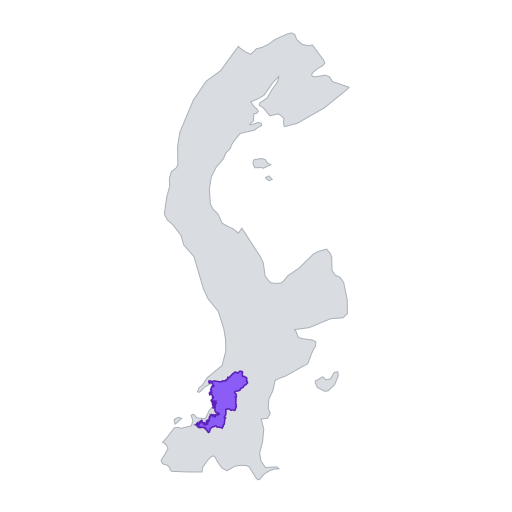 Kankintú, Ngöbe Buglé, Panama (highlighted), rotated 271°
{"feature_id": "35544464B2015792153620", "entity_name": "Kankintú", "entity_type": "district", "adm_level": 2, "iso_a3": "PAN", "parent_name": "Panama", "parent_adm1": "Ngöbe Buglé", "projection": "orthographic", "projection_center": [-82.082, 8.823], "detail": "fine", "context": "in_parent", "style": "filled", "palette": "violet", "viewbox_px": 512, "rotation_deg": 271, "n_neighbors": 0, "source": "geoboundaries", "source_scale": "gbopen_adm2", "svg_char_len": 8791}
<svg xmlns="http://www.w3.org/2000/svg" viewBox="0 0 512 512"><g transform="rotate(271 256 256)"><path d="M465.4,234.8L464.0,235.9L459.8,242.0L457.6,247.3L463.1,252.7L464.8,258.6L468.0,264.9L472.9,271.3L478.4,283.1L479.7,287.8L478.2,290.9L473.1,292.9L468.4,298.5L467.1,305.3L468.1,308.6L453.8,319.6L450.2,321.5L447.7,319.8L444.6,314.4L440.9,310.1L438.9,308.6L437.7,308.5L436.6,309.6L436.1,312.0L438.1,322.1L436.5,326.2L431.7,329.5L426.3,346.1L424.0,344.0L405.4,321.9L389.2,294.5L385.8,282.0L389.9,281.2L393.9,281.5L396.0,279.5L398.5,275.9L396.4,267.4L404.1,260.9L406.9,256.6L409.1,257.1L414.2,264.4L421.6,268.5L430.7,274.5L436.3,275.9L429.2,269.5L416.9,261.2L413.4,255.7L410.1,248.0L405.4,251.4L403.2,254.2L400.7,255.8L398.6,253.9L398.2,251.4L390.9,251.0L389.1,248.8L387.2,247.5L388.1,252.3L389.5,255.3L388.8,258.9L386.5,259.2L384.4,255.5L381.8,252.1L378.3,238.1L370.0,231.5L366.3,229.4L363.2,228.6L358.6,224.1L352.6,221.7L344.3,214.8L334.2,209.9L322.0,208.2L307.1,209.4L302.1,212.2L298.7,215.8L297.1,217.4L288.3,221.5L285.0,227.4L282.9,232.4L278.6,238.0L283.6,241.4L254.9,260.6L249.3,263.4L236.3,265.4L233.4,267.5L229.4,271.3L228.9,277.0L229.5,281.9L233.3,285.6L236.7,288.0L244.7,299.3L259.1,313.5L261.8,318.7L264.1,326.5L259.8,330.1L256.4,331.7L242.9,332.3L238.2,335.5L236.3,340.2L231.2,344.1L213.7,348.0L200.0,348.4L195.7,344.0L194.6,331.6L185.3,310.4L183.1,295.8L180.8,297.6L175.9,299.3L174.2,303.0L173.0,313.8L171.2,317.4L167.4,317.1L159.6,313.3L149.3,309.7L136.1,286.9L134.6,282.6L132.1,277.4L121.9,275.3L113.2,271.4L103.7,270.8L98.9,273.0L93.9,270.3L93.1,264.0L83.1,266.8L70.4,265.8L59.0,263.1L51.2,264.5L44.7,269.0L45.5,280.3L43.6,282.6L43.3,277.9L41.1,272.6L38.3,268.1L32.6,263.5L32.3,261.8L34.6,259.5L45.0,252.9L46.3,250.1L46.5,244.3L45.5,238.8L40.8,230.6L43.5,225.6L48.9,221.6L54.4,218.4L55.4,217.0L54.3,214.3L51.1,211.3L43.6,206.2L39.1,205.8L38.9,191.2L39.2,175.7L40.3,174.1L43.1,173.2L45.3,170.8L46.6,166.2L49.9,164.6L55.8,168.2L61.8,171.3L64.4,170.3L66.3,168.7L67.6,167.2L68.0,165.8L72.8,170.0L82.7,177.3L83.3,180.9L82.4,184.4L85.1,194.3L90.3,195.8L95.4,193.9L96.7,195.7L95.8,197.5L93.1,199.6L92.4,208.1L100.9,212.1L105.2,215.6L119.2,214.0L124.4,214.9L128.0,213.9L124.0,207.0L118.8,201.9L119.2,199.7L123.2,201.4L126.2,204.8L133.2,209.1L146.0,224.0L160.6,227.5L172.2,227.0L182.9,225.0L200.1,219.2L212.5,208.7L222.4,204.0L254.5,193.9L265.8,183.5L270.6,182.1L275.2,180.7L285.3,172.8L290.6,166.7L296.3,163.6L313.3,165.7L324.3,168.5L331.9,168.0L339.2,170.0L342.4,174.4L345.8,176.3L363.7,175.7L378.4,177.7L410.8,190.6L430.2,203.4L440.5,217.2L465.4,234.8ZM141.7,339.8L137.5,340.3L128.8,336.9L122.5,330.5L122.0,328.4L122.2,326.3L125.6,319.7L130.2,317.5L132.0,317.5L136.4,325.1L133.4,328.0L134.6,332.7L140.9,336.2L141.7,339.8ZM349.1,265.8L347.6,269.1L343.9,261.8L344.5,259.9L344.2,253.3L347.6,251.6L350.1,251.4L352.2,252.3L353.6,260.1L352.5,263.6L349.1,265.8ZM93.3,181.0L92.4,184.6L86.5,178.1L90.0,177.1L91.3,177.2L93.3,181.0ZM336.3,267.5L332.9,270.9L331.5,267.7L333.9,264.3L334.7,264.3L336.3,267.5Z" fill="#d9dde1" stroke="#a8b0b8" stroke-width="1"/><path d="M83.2,225.2L84.2,225.6L84.8,226.1L85.1,226.0L85.8,226.3L85.9,226.2L86.6,226.2L86.8,226.7L87.0,226.7L87.5,227.3L89.9,227.3L90.6,227.6L91.9,227.6L93.6,228.3L93.6,227.2L93.9,227.1L94.5,227.1L96.1,228.3L96.9,228.3L97.5,228.7L97.8,228.6L98.3,228.7L98.7,228.5L99.6,228.7L99.8,228.5L101.0,228.5L101.4,228.7L102.0,228.5L102.4,228.7L102.5,229.1L102.3,229.9L102.7,230.4L102.7,231.4L102.4,231.7L102.3,232.6L101.5,233.2L101.2,233.8L101.8,235.2L101.6,236.2L101.1,236.9L101.6,237.9L102.2,238.1L103.6,238.4L105.2,239.0L105.7,238.4L106.3,238.5L106.6,238.8L107.3,238.9L108.9,238.1L110.3,238.6L111.8,238.2L112.3,238.5L113.0,238.6L113.5,238.3L114.1,238.3L114.4,237.9L114.5,238.4L115.0,238.9L115.9,238.9L117.9,238.3L118.4,237.5L119.0,237.0L119.5,237.0L119.7,237.3L120.3,237.6L120.6,238.0L120.6,239.8L121.4,242.1L121.8,242.4L122.8,242.6L123.0,243.2L123.6,243.4L124.1,244.5L124.0,244.8L124.9,245.7L126.6,246.8L126.9,247.2L126.9,247.7L127.3,248.4L128.4,249.1L128.8,249.7L129.8,249.7L130.2,249.0L130.7,248.7L131.1,249.0L131.4,249.1L131.9,248.7L132.6,248.6L133.2,249.0L133.9,248.8L134.6,248.0L134.7,247.3L135.4,246.5L135.5,245.2L135.3,244.9L135.7,244.6L137.6,244.3L138.5,244.3L138.9,244.6L139.7,244.6L140.3,244.0L140.6,241.9L139.8,241.4L139.7,240.8L138.6,239.6L138.9,239.3L138.8,239.0L139.0,238.3L139.6,237.9L139.5,236.6L139.1,236.2L138.4,235.8L137.8,234.7L137.3,234.4L137.0,233.9L136.3,233.5L135.6,232.6L134.5,232.2L134.5,231.6L134.1,231.1L133.6,230.7L134.1,230.4L134.3,230.0L132.3,229.6L131.8,229.2L131.7,228.7L131.8,228.4L131.2,227.9L130.6,227.8L130.8,226.8L130.4,225.7L130.6,224.8L129.9,224.3L130.1,223.8L129.5,223.0L130.2,217.4L130.5,216.5L129.8,215.2L129.9,213.8L130.3,212.5L130.1,211.0L128.3,211.3L128.1,211.7L128.6,211.9L128.7,212.3L128.4,213.5L128.0,214.4L127.2,215.1L126.5,215.4L125.9,215.5L125.8,215.2L125.5,215.1L125.6,215.5L126.0,215.8L125.8,215.7L125.6,216.1L125.4,216.1L125.7,215.8L125.5,215.5L125.2,215.2L124.8,215.2L124.5,214.7L125.3,214.9L125.5,214.8L124.4,213.9L123.4,213.5L122.4,213.6L121.7,212.9L121.5,213.0L121.9,213.2L121.3,213.2L120.4,213.7L119.3,213.7L119.2,214.0L118.5,214.1L118.9,213.1L118.6,212.7L118.7,212.3L119.3,212.8L119.2,212.5L118.6,212.0L117.6,211.9L117.1,211.3L117.3,212.2L116.7,212.2L116.4,212.3L117.0,212.9L116.6,214.1L116.1,214.7L115.1,215.1L115.4,215.3L115.1,215.1L114.8,215.2L115.1,215.3L114.9,215.5L114.8,215.4L113.9,215.8L113.9,215.7L113.5,216.0L113.6,215.8L113.4,215.8L113.4,215.7L113.6,215.6L113.3,215.5L113.3,215.2L112.8,215.3L112.5,215.1L111.3,214.0L111.0,213.9L111.0,214.0L110.4,214.1L110.2,214.5L109.8,214.8L110.2,215.2L110.2,215.6L109.8,215.8L109.7,216.3L109.9,216.9L110.3,216.7L110.4,216.9L109.8,217.5L109.5,217.4L109.5,217.9L109.2,218.0L109.3,218.3L109.0,218.4L108.9,218.1L108.7,218.0L108.7,218.3L108.4,218.3L108.4,218.8L108.0,218.8L107.7,218.4L108.0,218.0L108.6,218.1L108.4,217.6L109.0,217.7L109.4,217.8L109.2,217.6L109.4,217.2L109.1,217.4L108.9,217.2L109.3,216.9L109.6,217.2L109.5,216.8L109.6,216.2L109.4,216.0L109.7,215.5L109.9,215.4L109.7,214.8L110.0,214.1L108.5,214.9L107.1,215.1L107.2,215.4L108.3,215.4L108.7,215.9L107.0,217.8L106.4,217.6L106.1,218.0L105.4,217.6L105.4,217.1L105.7,217.0L105.8,217.2L106.2,216.8L106.5,217.5L107.0,217.2L106.9,216.6L106.4,216.1L106.7,215.8L106.6,215.4L106.0,215.4L105.9,215.7L106.1,215.9L105.8,216.3L105.3,216.5L104.8,216.4L104.6,216.1L104.4,216.0L104.6,215.8L104.4,215.9L104.2,215.7L104.1,215.9L103.9,215.7L103.2,215.8L103.2,216.0L103.3,216.2L103.4,215.9L103.7,215.9L103.7,216.1L104.4,216.2L104.6,216.6L104.0,217.1L104.2,217.4L104.1,217.8L103.7,217.9L101.2,217.5L99.8,218.0L99.0,218.7L98.8,219.6L98.5,219.6L98.3,220.0L98.0,220.2L98.4,220.6L98.3,221.4L98.0,221.4L97.2,222.0L97.1,221.3L96.6,221.0L96.5,220.2L96.9,220.2L97.0,220.0L96.8,218.6L96.5,218.6L96.4,218.0L96.0,218.3L95.9,218.0L95.4,218.3L94.7,218.2L94.4,218.1L94.7,217.4L94.7,216.2L95.2,216.2L95.4,216.6L96.1,216.8L96.1,216.4L95.9,216.3L96.3,216.2L96.1,216.0L96.4,215.2L96.1,215.3L95.9,214.9L96.6,214.7L96.6,214.3L96.7,214.2L96.4,213.8L96.0,213.8L95.6,213.5L95.2,213.6L95.8,213.2L95.0,213.3L94.8,213.0L95.1,212.9L94.6,212.8L94.3,212.4L94.0,212.8L93.2,212.0L92.7,212.3L91.9,211.8L91.2,211.9L91.0,211.6L90.5,212.1L90.4,211.8L91.0,211.1L90.8,210.8L90.4,211.2L90.3,210.9L90.1,210.9L90.2,210.4L90.7,210.1L90.3,209.9L90.4,209.6L90.1,209.3L89.9,209.5L89.8,210.0L89.2,209.7L89.0,209.3L88.4,210.5L88.1,210.0L87.8,210.4L87.1,209.8L87.0,210.1L86.6,209.4L86.9,209.0L87.2,209.1L87.4,209.0L87.1,208.6L86.5,208.5L86.5,208.2L86.8,207.8L86.6,207.6L86.9,207.6L86.9,207.2L87.3,206.9L87.8,207.4L88.4,207.3L88.4,207.2L88.1,207.2L88.0,206.7L87.7,206.8L87.5,206.3L88.1,206.0L88.4,206.1L88.7,205.4L88.8,205.4L89.1,205.1L89.9,205.1L90.1,204.6L90.4,204.8L90.8,204.6L90.6,204.3L89.7,204.6L89.8,204.3L90.2,203.9L90.0,203.4L89.6,203.5L89.4,203.2L89.2,203.6L89.4,203.7L89.1,204.0L88.5,203.8L88.7,203.1L88.1,203.0L87.9,202.7L88.1,202.5L87.6,202.6L87.4,202.3L86.3,202.0L86.4,201.6L86.8,201.7L87.1,201.0L87.1,201.7L87.6,201.9L87.6,201.0L87.9,200.8L87.8,200.4L88.1,200.4L87.7,199.9L87.3,200.5L87.1,200.3L87.3,200.1L87.2,199.6L86.7,199.7L86.6,199.4L87.0,199.1L86.1,199.3L86.0,198.9L85.8,199.6L85.2,200.1L85.3,200.1L85.1,200.6L84.4,200.7L84.5,201.0L84.3,201.1L84.3,201.4L84.0,201.5L83.6,202.3L83.4,202.3L83.4,202.5L83.7,202.4L83.8,202.8L84.1,202.8L84.2,203.1L83.5,203.5L83.8,204.2L83.6,204.6L83.7,204.8L83.7,205.5L83.7,206.2L83.5,206.3L83.4,207.6L82.7,207.9L83.0,208.3L83.0,208.6L82.8,208.9L81.7,209.0L81.3,209.3L80.8,209.8L80.8,210.2L79.9,210.6L79.4,210.7L78.7,211.7L78.8,212.0L79.4,212.5L79.7,212.4L81.2,213.1L81.9,213.0L82.4,213.3L84.1,215.1L84.3,215.9L84.7,216.5L84.7,217.2L85.3,217.8L85.4,219.1L84.6,219.6L84.3,219.9L84.2,221.6L84.2,222.6L84.0,222.9L84.0,223.8L83.2,225.2Z" fill="#8b5cf6" stroke="#5b21b6" stroke-width="1.5"/></g></svg>